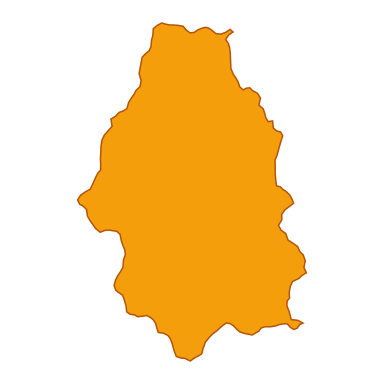 the district of Carmo de Minas, Minas Gerais, Brazil
{"feature_id": "56859067B32891499548928", "entity_name": "Carmo de Minas", "entity_type": "district", "adm_level": 2, "iso_a3": "BRA", "parent_name": "Brazil", "parent_adm1": "Minas Gerais", "projection": "equal_earth", "projection_center": [-45.157, -22.089], "detail": "fine", "context": "isolated", "style": "filled", "palette": "amber", "viewbox_px": 384, "rotation_deg": 0, "n_neighbors": 0, "source": "geoboundaries", "source_scale": "gbopen_adm2", "svg_char_len": 2537}
<svg xmlns="http://www.w3.org/2000/svg" viewBox="0 0 384 384"><path d="M233.0,32.0L230.1,29.4L225.6,32.4L220.9,34.1L215.9,33.6L211.9,30.3L208.9,28.2L205.8,27.3L201.9,28.2L197.9,29.8L194.2,32.4L190.0,32.9L186.0,29.8L183.2,26.3L178.4,25.4L173.3,25.0L168.7,24.9L165.6,24.1L161.7,23.0L157.4,25.3L153.3,28.6L152.8,35.7L151.6,39.7L150.9,47.0L149.1,50.8L145.9,53.4L142.3,57.0L141.1,62.5L140.4,66.8L139.1,73.5L141.1,80.7L140.0,86.7L136.1,90.3L134.2,94.1L131.8,97.4L128.6,102.5L126.9,108.6L123.3,110.9L119.1,112.4L115.6,116.2L110.9,119.0L112.1,126.3L107.9,131.0L104.4,135.0L102.0,140.0L101.0,146.2L100.8,153.1L100.4,158.3L100.7,164.4L100.6,170.2L98.0,172.8L95.8,177.1L93.4,182.5L90.3,189.1L85.3,191.9L80.6,195.2L77.6,199.9L79.7,204.3L82.9,206.0L86.5,209.4L87.4,215.9L90.1,220.8L92.4,223.9L95.5,228.4L100.2,232.3L104.5,230.5L109.0,230.0L112.5,230.7L116.6,231.2L120.0,234.3L121.4,241.1L123.1,246.0L124.8,249.9L125.3,254.9L123.5,259.7L122.9,267.4L119.8,272.8L117.5,276.1L115.5,280.3L114.1,285.3L115.7,290.2L118.8,292.7L122.5,295.1L124.2,299.6L126.0,305.9L126.7,311.9L130.2,314.3L134.6,314.9L137.6,316.7L141.9,316.3L146.7,315.5L150.5,317.5L153.4,320.0L155.6,323.3L156.7,327.5L158.3,332.5L163.5,333.2L168.1,335.6L170.3,338.8L172.1,343.4L174.0,350.3L176.3,356.5L181.2,358.1L184.7,358.3L190.3,361.0L194.8,357.7L198.7,355.8L201.7,353.9L203.1,348.5L205.4,342.1L209.6,337.0L213.3,333.4L217.3,330.4L222.2,325.9L226.4,322.9L230.2,323.8L233.8,326.0L237.1,329.7L240.1,332.0L244.2,333.4L247.8,334.1L252.3,335.0L255.6,332.9L258.7,331.3L261.2,328.0L264.8,326.8L270.2,326.8L275.4,326.0L279.7,324.5L284.0,323.8L287.2,323.8L290.5,327.5L293.9,329.5L297.3,328.1L299.7,324.5L303.0,323.1L298.3,320.5L295.1,320.0L291.3,319.7L289.0,311.3L286.9,305.7L287.1,301.1L289.6,297.9L289.2,293.0L290.1,287.0L292.5,281.5L296.0,279.8L299.0,278.4L302.0,275.4L306.4,272.8L303.9,267.4L305.3,260.8L303.2,254.9L299.9,251.6L297.6,246.5L292.9,243.2L288.0,240.0L285.7,233.5L281.0,230.1L278.5,225.3L281.8,219.9L281.7,214.5L285.0,209.7L289.9,206.1L293.6,203.2L292.0,199.0L289.7,195.0L286.4,191.7L282.8,189.3L280.2,186.7L276.6,186.0L275.9,181.6L275.2,174.0L275.2,165.8L275.0,160.1L277.2,154.9L278.7,149.1L280.5,142.7L282.7,135.7L280.5,131.9L276.8,131.0L273.3,128.0L272.6,120.9L268.2,121.6L265.8,117.8L264.8,113.6L263.2,108.8L258.9,105.1L260.5,98.0L257.3,93.2L252.4,90.5L249.8,87.8L246.3,88.2L243.2,89.9L239.9,87.0L237.9,81.4L235.6,77.6L233.3,74.3L230.9,68.4L230.6,61.2L230.3,53.6L229.6,47.5L228.4,43.5L225.7,39.4L228.7,35.0L233.0,32.0Z" fill="#f59e0b" stroke="#b45309" stroke-width="1.5"/></svg>